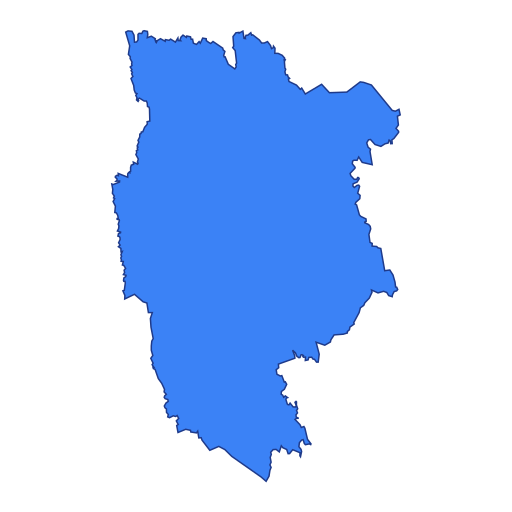 Nocupétaro, Michoacán, Mexico
{"feature_id": "50627088B79738723822926", "entity_name": "Nocupétaro", "entity_type": "district", "adm_level": 2, "iso_a3": "MEX", "parent_name": "Mexico", "parent_adm1": "Michoacán", "projection": "equal_earth", "projection_center": [-101.218, 19.078], "detail": "fine", "context": "isolated", "style": "filled", "palette": "blue", "viewbox_px": 512, "rotation_deg": 0, "n_neighbors": 0, "source": "geoboundaries", "source_scale": "gbopen_adm2", "svg_char_len": 5998}
<svg xmlns="http://www.w3.org/2000/svg" viewBox="0 0 512 512"><path d="M266.1,481.3L269.0,476.2L269.9,470.4L271.1,467.4L269.9,464.9L271.1,462.2L270.2,457.4L271.3,454.4L270.7,452.3L273.1,449.6L276.1,449.4L279.3,451.9L281.3,445.8L282.8,447.7L286.7,449.5L288.1,453.7L289.6,453.6L292.7,449.7L300.0,452.7L299.9,455.8L300.5,456.7L301.6,451.5L301.0,449.3L298.9,446.7L299.4,442.7L301.6,440.1L303.1,439.6L304.3,443.5L305.4,444.7L309.3,443.9L310.7,444.6L311.0,443.9L307.5,439.3L304.9,428.3L303.9,426.5L301.3,427.5L300.0,424.7L295.0,419.4L296.6,418.3L298.7,418.3L296.2,417.1L296.0,414.8L297.5,412.9L296.5,410.5L297.7,408.8L296.4,405.0L296.5,401.9L296.0,401.4L295.0,402.3L296.2,405.5L295.6,407.0L293.1,406.9L290.1,403.1L289.0,404.8L288.1,404.7L287.3,404.1L285.9,399.5L286.4,398.0L287.6,397.6L285.3,395.9L283.7,397.3L282.7,395.2L281.2,394.2L281.4,391.5L284.4,389.2L286.7,384.3L285.3,381.8L284.3,382.1L281.8,375.6L280.3,376.0L276.9,374.2L276.2,369.7L278.7,367.7L278.4,364.1L294.9,358.2L294.6,355.5L292.6,350.2L295.4,352.8L296.9,356.3L298.9,357.7L300.0,357.5L301.1,354.8L302.0,354.7L303.4,355.5L302.8,356.2L303.4,357.2L305.5,357.1L305.3,360.5L308.1,359.9L308.8,357.4L311.7,357.2L313.0,359.1L314.5,359.3L316.5,362.1L318.2,362.1L319.2,354.2L316.1,342.2L324.8,345.2L330.4,342.0L330.9,339.8L334.1,334.9L343.3,334.2L347.3,333.0L347.4,331.5L349.4,329.8L349.9,327.1L354.2,324.0L353.7,322.7L359.1,312.6L360.4,307.8L363.8,305.3L364.8,302.8L369.3,298.1L372.0,292.3L371.5,290.0L378.0,292.9L383.6,291.3L386.8,292.5L388.7,295.6L392.2,296.7L392.5,294.7L394.2,291.5L396.6,290.9L397.7,289.5L396.7,287.2L395.6,287.0L395.0,282.1L393.0,275.0L389.8,270.0L384.7,270.7L380.8,248.5L377.9,247.8L376.7,246.5L372.1,246.1L372.2,243.4L370.0,242.4L368.9,234.4L370.7,228.9L370.2,226.3L368.6,224.5L364.8,222.8L364.7,222.1L366.2,221.3L366.0,218.9L360.8,216.4L359.4,214.9L356.6,204.9L355.2,204.1L355.8,202.4L359.8,198.7L360.1,195.4L357.7,193.2L359.6,186.3L358.7,185.1L357.0,185.4L354.3,187.5L352.9,186.0L353.1,183.8L357.1,182.1L359.2,178.8L358.6,177.6L357.6,177.5L356.8,179.3L354.2,179.3L350.8,175.7L350.1,173.4L355.0,168.2L355.1,167.3L352.3,163.8L352.6,161.1L354.0,160.2L357.1,160.3L358.7,157.0L362.2,162.4L372.2,164.7L370.0,151.5L370.5,149.2L368.1,147.2L366.7,142.9L368.5,139.8L370.5,139.5L375.0,144.5L380.9,146.4L385.0,143.8L388.2,143.0L389.1,140.1L390.3,141.0L390.7,143.7L392.2,143.6L391.9,139.9L393.9,138.5L398.6,132.4L398.6,131.3L396.0,128.4L398.4,125.0L397.4,116.2L400.2,114.9L399.0,109.3L395.4,111.2L392.2,110.4L371.4,85.0L363.7,82.4L360.2,81.9L346.8,92.1L329.4,92.7L321.6,84.3L305.3,94.0L301.7,88.1L300.3,89.4L296.5,85.1L289.0,81.5L288.4,79.1L289.6,78.4L288.1,76.9L287.5,74.9L285.7,74.8L284.9,71.8L285.7,69.2L284.9,68.0L284.4,61.6L285.2,59.8L284.1,59.8L284.7,58.2L282.2,55.3L278.2,53.4L274.8,53.3L275.0,48.2L273.5,46.2L273.3,47.7L271.5,48.6L270.5,45.5L267.5,41.6L264.3,43.0L261.6,43.0L259.4,40.0L252.7,34.8L251.6,35.1L250.8,32.7L247.8,35.2L246.0,35.3L245.1,37.7L245.4,38.6L244.0,38.4L242.9,31.1L239.1,33.1L238.9,32.4L235.9,32.8L233.0,36.6L233.7,46.2L232.7,47.6L235.2,50.6L236.6,63.2L235.7,64.5L236.2,66.9L234.8,68.9L228.3,64.3L225.1,56.8L224.2,56.9L223.7,55.4L224.9,51.4L223.2,49.9L222.7,48.1L213.0,41.5L210.7,43.5L208.7,42.4L206.3,40.6L206.2,38.7L202.7,38.1L200.3,43.2L199.1,41.6L196.5,44.4L193.4,43.2L192.6,39.2L191.1,39.3L190.5,36.8L186.8,36.0L186.4,37.4L183.0,35.1L181.0,37.1L180.0,39.8L180.7,40.7L178.2,40.6L177.9,38.0L175.4,42.1L170.6,39.1L169.1,40.3L165.4,39.6L165.2,41.3L160.5,38.7L157.3,40.6L156.3,42.6L155.6,41.7L155.9,40.5L154.9,39.8L155.3,38.7L151.3,36.2L147.3,37.7L147.8,34.4L147.4,31.4L144.1,30.7L142.9,31.2L141.8,33.5L139.1,33.3L138.0,34.4L138.0,40.0L136.6,42.0L134.5,42.2L134.0,35.1L132.0,31.3L128.0,30.9L125.7,32.1L129.7,45.8L128.4,54.4L130.3,56.7L130.1,58.5L132.0,62.1L131.6,63.8L132.0,65.5L130.2,67.0L131.9,69.5L131.1,70.7L132.4,72.4L131.6,73.8L132.9,76.5L131.0,78.5L133.7,85.5L134.2,90.0L135.4,93.0L137.0,93.6L135.8,95.4L137.0,97.8L136.5,99.9L138.1,101.4L138.7,100.4L137.9,99.2L139.4,98.1L144.1,101.0L146.4,101.1L147.2,102.9L147.5,106.5L149.1,107.2L149.5,109.2L149.8,121.1L147.1,121.7L147.3,124.2L144.6,127.3L142.8,131.8L141.3,132.0L141.0,133.5L139.8,134.1L139.7,137.0L138.0,140.4L138.8,142.1L137.1,146.0L138.0,147.1L137.2,148.0L137.8,149.9L136.4,150.6L136.7,152.7L135.9,154.6L138.3,159.0L137.4,162.0L138.1,163.2L137.6,164.2L133.3,162.1L133.6,164.3L131.3,165.1L130.6,167.4L130.6,171.3L129.5,171.8L129.9,172.8L128.5,172.7L127.7,173.9L127.7,177.2L118.2,173.4L118.4,175.7L117.0,175.3L115.4,176.3L115.3,177.3L117.0,178.9L117.0,180.2L116.0,181.2L119.6,181.0L119.5,182.1L113.3,184.5L111.8,184.0L112.8,189.5L112.4,193.3L114.3,196.1L113.5,197.9L114.7,198.6L113.1,201.5L115.4,206.1L114.8,212.5L116.4,212.9L117.7,215.3L118.3,218.3L117.1,218.5L117.1,219.3L119.2,219.8L119.4,220.6L118.2,224.2L118.9,225.9L118.6,228.6L117.4,231.0L120.6,232.1L120.5,232.8L118.5,233.6L117.9,236.1L119.5,236.7L120.0,237.8L120.1,239.5L118.6,242.8L120.1,245.1L118.4,246.7L120.9,248.4L121.0,251.8L122.3,251.4L120.9,254.8L121.6,256.2L120.8,258.0L121.4,259.7L121.1,261.3L123.3,261.5L122.4,265.0L123.8,265.4L125.6,268.4L124.1,270.2L124.6,272.6L123.4,274.6L126.0,275.3L125.7,276.6L123.9,277.9L123.5,280.4L123.8,281.3L125.0,281.3L125.3,283.0L124.3,290.3L122.9,290.8L124.9,295.5L124.7,299.0L134.5,294.3L143.1,301.8L146.9,303.0L148.4,312.6L152.3,312.6L150.4,318.5L151.0,327.2L153.2,338.6L151.8,341.1L151.3,345.9L151.3,350.2L152.8,355.5L150.8,358.3L153.1,363.2L152.1,364.7L153.9,367.3L153.0,367.3L153.4,368.6L155.1,369.4L158.3,378.6L161.7,383.3L164.5,389.3L164.1,391.9L166.3,394.3L164.7,395.8L164.2,397.3L165.2,398.7L167.8,399.5L168.2,401.4L166.0,403.0L164.3,406.0L165.0,407.8L166.4,408.9L166.5,412.4L168.3,414.5L167.7,416.9L169.5,417.7L173.3,415.8L175.7,416.5L177.1,415.5L178.7,418.4L176.3,420.9L178.2,424.5L176.7,425.5L178.0,432.5L185.7,429.3L190.5,430.3L190.8,432.0L196.5,432.9L197.7,431.2L198.8,437.9L201.2,437.7L202.0,440.1L209.8,450.3L218.8,446.4L224.9,449.6L231.8,456.4L261.0,476.9L266.1,481.3Z" fill="#3b82f6" stroke="#1e3a8a" stroke-width="1.5"/></svg>